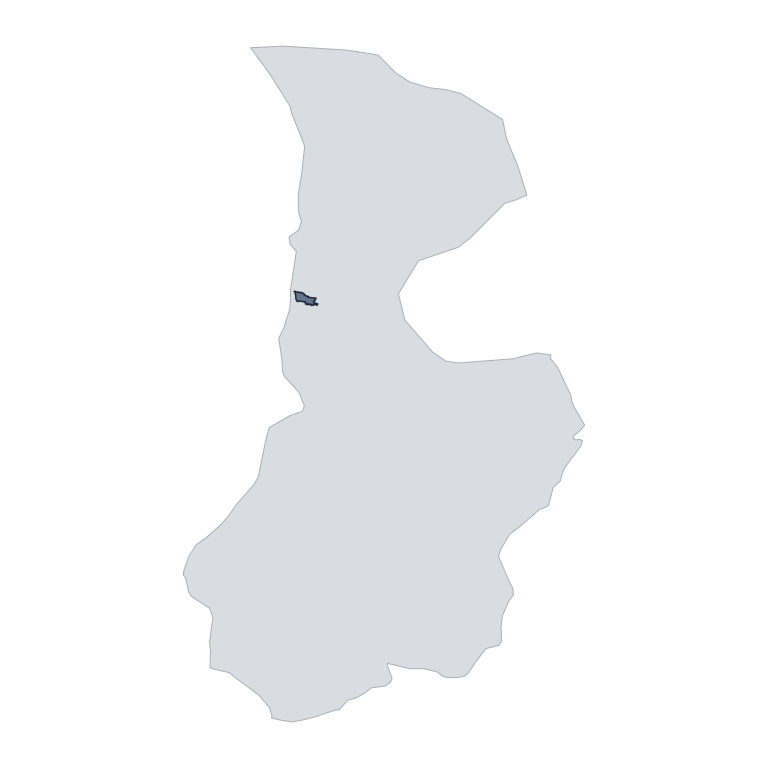 Elejas pag., Jelgava, Latvia (highlighted), rotated 90°
{"feature_id": "27541924B1906845824135", "entity_name": "Elejas pag.", "entity_type": "district", "adm_level": 2, "iso_a3": "LVA", "parent_name": "Latvia", "parent_adm1": "Jelgava", "projection": "albers", "projection_center": [23.711, 56.427], "detail": "fine", "context": "in_parent", "style": "filled", "palette": "slate", "viewbox_px": 768, "rotation_deg": 90, "n_neighbors": 0, "source": "geoboundaries", "source_scale": "gbopen_adm2", "svg_char_len": 4470}
<svg xmlns="http://www.w3.org/2000/svg" viewBox="0 0 768 768"><g transform="rotate(90 384 384)"><path d="M575.0,584.7L570.1,584.0L556.4,579.3L544.7,571.8L537.5,561.6L525.2,547.7L517.2,540.6L504.8,531.8L484.1,513.7L476.6,509.6L440.7,502.4L427.7,498.9L415.5,477.9L411.4,465.7L405.6,463.6L399.3,466.3L392.4,468.9L376.6,483.5L371.4,485.6L361.4,485.9L338.2,489.2L327.6,484.0L309.2,478.3L299.3,477.4L290.5,477.6L251.4,471.7L244.2,477.9L236.9,478.9L230.0,469.3L221.4,466.5L211.7,469.6L194.2,469.7L173.6,466.3L147.3,463.4L143.3,464.3L113.7,476.2L106.4,477.9L73.8,498.3L47.8,517.4L46.1,485.3L50.1,421.4L55.0,389.9L73.0,372.1L82.1,358.0L87.7,339.0L89.8,321.3L93.7,306.7L119.6,265.4L139.1,261.4L165.6,250.3L195.1,241.2L200.5,253.6L203.2,263.1L238.2,298.0L247.2,309.7L260.7,349.4L293.8,369.6L320.0,363.2L331.3,353.4L352.1,335.3L361.2,322.1L363.0,309.4L358.8,255.1L353.0,231.7L354.8,217.0L358.4,217.7L367.0,210.6L395.3,197.1L401.0,196.4L407.5,193.6L425.2,183.3L431.0,188.5L436.0,194.4L438.6,194.5L439.9,192.2L439.4,188.3L440.6,185.5L445.8,187.0L467.0,202.8L475.1,206.4L480.6,207.3L487.4,214.8L505.3,219.4L507.6,223.2L509.1,228.1L526.6,248.3L534.5,258.5L549.8,267.5L556.3,269.5L581.9,258.6L589.0,254.9L595.0,254.6L601.4,259.4L615.7,265.6L628.4,267.1L630.7,266.5L641.5,266.6L645.4,269.1L648.6,282.2L661.4,291.9L673.2,299.9L676.4,303.8L677.7,311.4L677.5,320.5L676.4,325.2L671.9,330.9L668.6,344.7L668.8,357.7L663.4,380.5L665.0,380.8L678.6,375.9L682.7,378.0L686.0,382.8L687.9,396.8L692.8,402.8L698.1,412.4L700.1,420.0L709.5,428.6L710.6,434.5L717.5,455.0L720.3,466.9L721.9,476.2L720.0,488.2L718.1,496.4L715.3,496.1L707.3,498.7L695.1,509.2L677.4,533.1L672.7,538.4L668.7,556.0L667.6,557.9L656.4,557.7L653.3,557.4L642.1,558.4L617.5,555.1L608.2,558.5L596.5,576.6L591.8,579.4L577.5,582.5L575.0,584.7Z" fill="#d9dde1" stroke="#a8b0b8" stroke-width="1"/><path d="M291.8,473.3L291.9,473.2L292.1,473.1L293.1,472.8L293.8,472.6L294.7,472.6L295.0,472.3L299.0,472.1L299.9,471.5L300.9,471.4L301.0,471.0L301.2,470.7L301.4,470.4L301.5,470.1L301.6,469.7L301.1,469.3L301.0,469.1L301.1,468.4L301.2,468.0L301.2,467.9L301.1,467.5L301.2,467.0L301.4,466.8L301.5,466.2L301.6,465.8L301.6,465.5L301.7,465.2L301.7,464.8L301.6,464.7L301.5,464.4L301.6,464.2L301.7,463.9L301.9,463.6L301.9,463.4L302.0,463.3L301.9,463.2L302.0,463.1L302.0,462.9L302.0,462.7L302.3,462.5L303.7,462.5L303.6,462.0L303.7,461.9L303.7,461.7L303.8,461.6L303.9,461.4L304.2,461.4L304.3,460.9L304.2,460.8L304.2,460.7L304.3,460.8L304.3,460.7L304.2,460.6L304.1,460.4L304.3,460.2L304.6,460.2L304.5,459.7L304.2,459.7L304.3,459.6L304.1,459.4L304.2,459.2L304.3,459.0L304.2,459.0L304.2,458.9L304.3,458.9L304.4,458.7L304.5,458.6L304.4,458.5L304.4,458.4L304.2,458.2L304.3,458.0L304.3,457.8L304.5,457.9L304.5,457.7L304.4,457.7L304.3,457.4L304.4,457.2L304.5,457.1L304.6,456.9L304.9,456.9L305.0,456.8L305.1,456.7L305.0,456.4L305.3,456.2L305.1,456.0L305.2,455.8L305.2,455.6L305.2,455.4L305.3,455.3L305.3,455.2L305.2,455.1L305.1,454.9L305.2,454.6L305.0,454.4L304.8,454.4L304.7,454.4L304.8,454.3L304.7,454.2L304.6,453.9L304.7,453.7L304.6,453.3L304.6,453.2L304.6,452.9L304.5,452.7L304.6,452.4L304.5,452.2L304.4,452.0L304.5,451.9L304.6,451.7L304.8,451.5L305.0,451.4L304.9,451.2L304.7,451.2L304.8,451.1L304.7,451.0L304.8,451.0L304.8,450.9L304.7,450.9L304.8,450.8L304.6,450.7L304.5,450.4L304.4,450.4L304.0,450.3L303.7,451.4L303.5,451.5L302.9,453.1L302.7,454.0L301.8,454.3L301.8,454.2L301.7,454.2L301.4,454.0L301.2,454.1L301.3,454.2L301.2,454.2L300.5,453.8L300.5,453.5L300.7,453.1L300.0,452.7L299.9,452.7L299.6,452.7L298.3,452.4L298.4,452.2L298.1,452.2L298.1,452.4L298.0,452.6L298.0,453.4L297.8,455.4L297.8,455.6L297.7,456.5L297.5,457.8L297.5,458.2L297.3,459.9L296.8,459.9L296.5,459.7L296.4,459.9L296.2,460.5L296.0,460.9L296.1,461.0L296.0,461.3L295.9,461.7L295.8,462.1L295.7,462.5L295.2,463.5L294.5,463.4L294.3,463.4L294.2,463.6L294.0,463.8L293.9,463.9L293.8,464.0L293.8,464.3L293.8,464.5L293.7,464.5L293.4,464.6L293.3,464.8L293.2,464.9L293.2,465.0L293.3,465.3L293.2,465.4L293.2,465.5L292.9,465.7L292.9,465.8L292.9,466.1L292.8,466.3L292.7,466.3L292.6,466.5L292.6,466.8L292.4,467.0L292.5,467.1L292.5,467.4L292.5,467.5L292.6,467.8L292.6,468.0L292.7,468.3L292.7,468.5L292.7,468.8L292.6,469.0L292.3,469.1L292.2,469.1L292.0,469.3L292.0,469.8L292.0,470.0L292.1,470.3L292.2,470.5L292.2,470.8L292.1,471.0L292.0,471.3L292.1,471.7L292.1,471.8L291.8,472.5L291.6,472.4L291.3,472.8L291.3,473.1L291.8,473.1L291.8,473.3Z" fill="#64748b" stroke="#1e293b" stroke-width="1.5"/></g></svg>